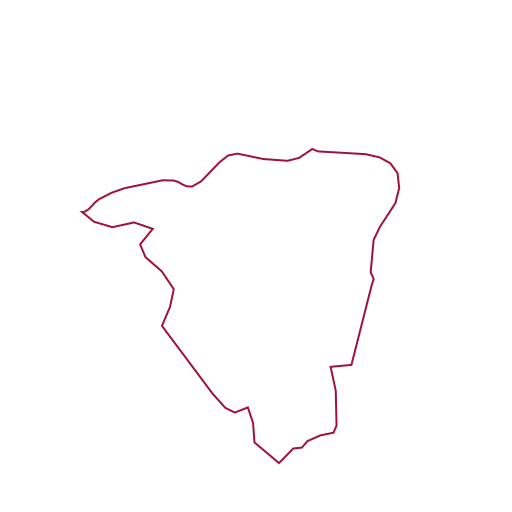 the District of Kabale, rotated 216°
{"feature_id": "UGA-3375", "entity_name": "Kabale", "entity_type": "District", "adm_level": 1, "iso_a3": "UGA", "parent_name": "Uganda", "parent_adm1": "", "projection": "natural_earth1", "projection_center": [30.02, -1.25], "detail": "fine", "context": "isolated", "style": "outline", "palette": "rose", "viewbox_px": 512, "rotation_deg": 216, "n_neighbors": 0, "source": "natural_earth", "source_scale": "10m", "svg_char_len": 907}
<svg xmlns="http://www.w3.org/2000/svg" viewBox="0 0 512 512"><g transform="rotate(216 256 256)"><path d="M289.6,349.6L286.5,351.5L278.8,360.7L273.4,375.6L267.3,377.1L227.2,402.8L214.2,408.4L201.8,410.0L190.2,406.2L180.1,395.2L174.3,380.7L172.9,352.6L170.3,338.2L153.7,310.3L147.2,306.5L145.3,300.5L114.8,224.0L130.5,210.2L112.3,193.9L91.2,166.2L89.4,158.7L98.5,148.7L105.5,136.7L106.3,127.9L112.7,122.2L115.7,102.0L147.7,104.3L160.2,119.2L173.6,128.7L181.1,116.9L191.5,115.1L210.2,119.1L291.0,144.2L295.6,164.1L303.0,180.8L323.2,188.2L344.8,190.1L356.6,197.3L355.5,217.3L374.5,211.4L389.1,194.9L407.1,188.5L422.2,189.3L422.6,189.3L420.6,191.2L418.9,195.3L417.6,205.2L416.4,209.7L410.1,222.1L402.3,233.5L376.0,262.4L366.9,268.7L362.5,270.2L357.8,270.6L353.1,271.6L348.5,274.7L344.3,284.1L340.6,310.6L337.6,321.0L331.2,327.9L307.0,338.8L289.6,349.6Z" fill="none" stroke="#9f1239" stroke-width="2"/></g></svg>